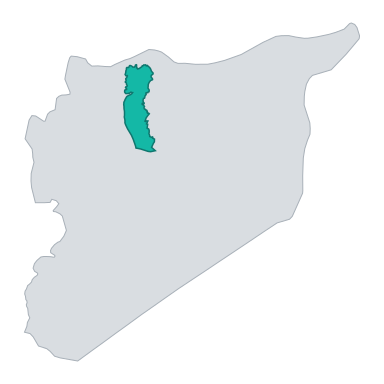 Menbij, Aleppo, Syria (highlighted)
{"feature_id": "27442178B68936835306318", "entity_name": "Menbij", "entity_type": "district", "adm_level": 2, "iso_a3": "SYR", "parent_name": "Syria", "parent_adm1": "Aleppo", "projection": "equal_earth", "projection_center": [38.131, 36.027], "detail": "fine", "context": "in_parent", "style": "filled", "palette": "teal", "viewbox_px": 384, "rotation_deg": 0, "n_neighbors": 0, "source": "geoboundaries", "source_scale": "gbopen_adm2", "svg_char_len": 6490}
<svg xmlns="http://www.w3.org/2000/svg" viewBox="0 0 384 384"><path d="M31.9,115.6L35.7,116.0L43.8,121.3L45.1,121.1L47.6,114.2L50.0,111.8L55.1,109.7L56.6,98.4L58.9,96.3L61.8,95.1L66.1,94.9L69.9,94.2L70.1,92.2L64.9,79.2L65.4,75.9L68.1,62.9L69.7,57.8L71.2,56.1L77.2,56.7L85.6,59.0L87.7,62.8L91.8,66.1L98.0,65.9L105.0,66.5L110.6,66.7L115.0,64.4L125.0,60.0L129.9,58.6L134.4,56.6L148.9,49.5L154.6,50.0L158.6,51.0L161.6,52.1L168.4,57.0L174.0,61.9L178.0,63.4L185.1,63.3L195.3,64.3L207.9,64.2L215.2,62.8L224.6,60.4L241.2,54.5L263.1,42.3L275.9,36.4L281.5,35.7L288.7,35.6L296.0,37.1L304.2,38.3L308.0,38.2L316.9,36.9L328.3,34.5L335.6,32.4L344.2,29.1L349.6,23.6L351.3,23.0L353.6,24.0L354.7,24.4L357.0,27.6L359.5,35.6L359.5,36.5L359.1,38.8L353.5,45.5L345.9,54.5L340.4,60.2L331.2,69.8L324.2,71.9L312.4,75.4L309.3,78.7L306.4,84.2L304.8,91.6L304.3,96.3L304.1,105.0L307.0,114.1L309.8,122.8L310.2,128.5L310.0,134.2L307.5,140.2L304.8,148.6L303.3,158.0L302.7,175.6L302.8,190.7L302.6,193.2L297.9,203.8L292.3,216.3L289.6,219.2L277.1,222.9L263.4,232.0L248.1,242.3L234.2,251.6L219.6,261.3L204.4,271.5L193.5,278.7L178.9,288.4L165.6,297.7L152.1,307.2L141.9,314.3L126.3,325.7L117.1,332.3L103.7,342.1L91.8,350.7L77.7,361.0L60.2,357.9L54.6,356.2L50.1,351.3L46.8,348.7L38.5,346.0L33.2,336.9L30.1,333.6L24.5,332.2L26.9,326.3L27.4,322.5L29.8,317.8L28.4,314.7L27.7,308.2L26.7,306.6L26.3,304.8L27.1,302.7L26.8,300.6L25.9,299.7L25.5,296.4L24.7,294.0L25.1,291.1L26.4,289.1L27.7,285.5L29.2,284.4L31.5,282.1L32.2,279.7L34.3,277.3L37.1,275.4L37.8,273.9L37.4,273.0L34.6,271.3L33.1,268.2L34.4,263.8L35.4,262.4L37.1,260.3L40.9,257.0L43.8,256.5L46.4,256.5L50.7,256.7L54.1,257.3L54.9,256.5L54.8,255.4L50.7,252.7L50.5,250.6L51.5,248.3L54.5,244.7L58.0,242.1L59.8,241.6L63.8,236.3L66.4,230.4L62.3,216.0L59.9,213.8L55.8,211.8L53.4,211.5L53.2,210.5L56.5,206.9L58.8,203.7L56.3,200.7L51.8,199.3L50.1,202.4L44.3,202.7L35.4,202.7L31.6,187.5L31.0,181.0L31.2,173.4L34.0,162.3L32.8,157.2L32.7,153.8L32.1,149.0L25.1,138.8L29.1,120.1L31.9,115.6Z" fill="#d9dde1" stroke="#a8b0b8" stroke-width="1"/><path d="M123.7,104.7L123.9,105.7L124.0,106.8L124.0,107.9L124.0,108.1L124.1,109.1L124.2,109.7L124.4,110.8L124.5,111.9L124.5,113.1L124.5,114.0L124.5,115.3L124.4,116.2L124.3,116.6L124.3,117.1L124.4,117.6L124.5,118.1L124.6,118.5L124.8,119.3L124.9,119.9L124.9,120.2L125.0,121.4L124.9,122.3L125.1,123.3L125.2,123.7L126.1,125.8L127.6,128.9L131.5,135.4L133.2,139.3L135.5,145.9L136.0,148.1L137.3,148.3L140.7,149.0L141.6,149.3L148.1,151.4L150.6,151.7L155.3,150.7L151.6,147.4L153.4,143.3L153.9,142.6L154.4,141.8L154.5,139.1L152.7,138.2L152.8,137.3L152.8,137.2L152.7,137.1L152.5,136.9L152.4,136.9L152.3,137.0L152.2,137.0L152.0,137.5L149.7,136.5L149.8,135.8L148.9,133.4L149.0,133.1L149.0,132.9L149.1,132.7L149.2,132.2L149.2,131.8L149.2,131.6L149.2,131.4L149.2,131.1L149.2,130.9L149.2,130.7L149.1,130.3L149.1,130.0L149.0,129.9L148.9,129.6L148.8,129.4L148.7,129.2L148.6,128.9L147.4,128.5L147.4,128.1L147.1,128.0L147.7,124.3L146.5,123.9L147.9,121.0L146.9,120.9L146.8,121.0L145.6,120.9L145.5,121.4L145.0,121.2L145.7,119.4L146.0,118.2L147.1,116.5L148.4,114.8L149.3,113.8L148.8,113.3L148.7,113.4L148.4,113.3L148.3,113.2L148.2,113.1L147.9,113.1L147.5,113.2L147.3,112.8L147.4,112.2L147.4,111.9L147.3,111.6L147.3,111.4L147.2,111.3L146.9,111.4L146.9,111.2L147.0,110.7L146.9,110.5L146.8,110.3L146.7,110.2L146.4,110.1L146.2,110.1L145.9,110.1L145.8,109.9L145.7,109.8L145.7,109.7L145.5,109.4L145.4,109.3L145.3,109.2L145.2,109.2L144.8,109.2L144.7,109.1L144.4,108.9L144.3,108.7L144.2,108.6L144.0,107.2L144.2,106.9L144.5,106.5L144.2,106.0L143.5,105.3L143.4,105.1L143.1,104.9L142.9,104.8L142.8,104.7L142.6,104.6L142.4,104.5L142.3,104.4L142.2,104.3L142.1,104.2L142.1,103.9L142.2,103.4L142.3,103.3L142.6,103.3L143.2,104.0L143.3,104.1L143.5,104.1L143.8,104.0L144.2,103.3L144.2,103.1L143.6,102.4L143.3,102.0L143.3,101.7L143.0,101.0L142.9,100.9L142.9,100.7L143.0,100.5L143.2,100.2L143.1,99.8L143.5,98.4L144.4,98.2L144.5,98.2L144.8,97.2L145.0,95.9L145.9,94.9L146.1,94.5L145.9,94.1L146.1,93.9L145.9,93.1L146.0,92.9L146.3,92.7L147.4,92.7L147.6,92.5L147.6,92.4L147.9,92.2L148.0,92.3L148.1,92.1L148.4,91.9L148.5,91.8L148.8,91.7L149.0,91.7L149.2,90.8L149.1,89.9L148.9,89.4L148.1,88.4L148.0,87.5L148.2,86.2L148.2,84.8L148.6,83.6L149.2,82.3L150.2,81.0L150.7,80.5L152.3,79.8L152.4,79.7L152.5,79.7L152.6,79.4L152.6,79.2L152.5,78.9L152.4,78.7L152.2,78.4L152.0,78.1L151.9,77.9L151.6,77.7L151.4,77.5L151.3,77.4L151.2,77.2L151.1,76.9L151.1,76.7L151.1,76.4L151.1,76.2L151.2,75.9L151.2,75.7L151.3,75.5L151.3,75.4L151.5,75.2L151.8,74.9L152.0,74.7L152.3,74.7L152.5,74.5L152.6,74.4L152.8,74.3L152.9,74.1L153.0,73.9L153.0,73.7L153.1,73.4L153.0,73.2L153.0,72.9L152.9,72.8L152.6,72.5L152.4,72.3L152.2,72.1L152.0,71.8L151.8,71.6L151.6,71.3L151.4,71.1L151.3,70.8L151.2,70.5L151.1,70.3L151.0,70.1L151.0,69.9L150.8,69.5L150.6,68.9L150.4,68.7L150.3,68.4L150.1,68.2L149.8,67.7L149.6,67.5L147.8,65.9L147.4,65.4L147.0,65.4L146.8,65.9L145.9,65.6L145.8,65.1L145.4,64.8L144.5,65.0L144.3,65.0L144.2,65.0L143.8,64.9L143.2,65.7L142.7,65.8L142.3,65.7L142.2,65.9L142.1,66.5L141.0,67.3L140.2,67.7L139.7,68.3L138.9,68.6L138.5,68.6L138.2,68.8L137.9,69.0L137.6,69.0L137.4,68.8L137.4,68.6L137.3,68.3L137.1,67.9L136.6,67.8L136.6,67.2L136.6,66.8L136.6,66.2L136.6,65.8L136.6,65.4L136.5,65.0L136.5,64.8L136.3,64.7L136.2,64.7L135.4,65.1L135.2,65.9L135.0,66.4L134.5,67.1L134.1,67.0L133.8,67.1L133.2,67.1L132.8,67.1L132.1,66.4L131.5,66.0L130.8,65.7L130.2,65.5L129.6,65.6L129.4,65.9L129.2,66.4L128.9,67.0L128.6,67.4L128.1,67.6L127.4,67.5L127.1,67.4L126.8,67.6L126.6,67.9L126.4,68.1L126.4,68.9L126.4,69.7L126.0,70.4L125.9,70.9L125.7,72.6L125.4,73.7L125.3,74.0L125.2,74.2L125.1,74.4L125.3,74.9L125.6,75.3L125.7,75.6L125.9,75.8L126.3,75.8L126.6,75.8L126.9,75.6L127.1,75.5L127.4,75.9L127.2,76.4L127.0,76.7L126.9,77.4L126.8,77.6L126.3,78.0L125.9,78.5L125.7,78.8L125.7,79.1L125.9,79.6L126.1,79.8L126.1,80.3L126.1,80.6L125.7,81.4L125.4,81.5L125.4,82.3L125.8,82.5L126.0,82.6L126.4,83.2L126.5,84.3L126.6,84.8L127.0,85.1L127.2,85.4L127.2,85.9L126.7,86.7L126.5,86.8L125.9,86.8L125.5,87.4L125.8,88.0L126.1,88.2L126.7,89.0L126.6,89.5L126.0,89.7L125.7,89.7L125.0,89.9L124.7,90.4L124.6,91.9L125.1,92.9L125.6,93.2L125.8,93.6L126.4,93.6L127.3,93.6L128.4,93.3L129.4,93.3L130.2,92.6L130.6,92.2L131.4,92.2L131.9,92.4L132.3,92.7L132.5,92.7L131.9,93.6L130.7,94.6L129.1,95.2L127.1,96.3L126.9,96.5L126.6,96.9L126.4,97.1L126.3,97.4L126.1,97.7L125.1,99.5L124.7,100.6L123.9,102.2L123.8,104.1L123.7,104.7Z" fill="#14b8a6" stroke="#0f766e" stroke-width="1.5"/></svg>